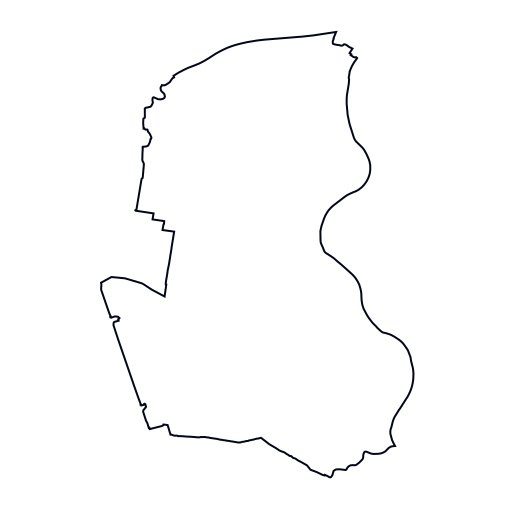 Halderberge, Noord-Brabant, Netherlands (Albers equal-area conic projection), rotated 89°
{"feature_id": "6326949B33385594138749", "entity_name": "Halderberge", "entity_type": "district", "adm_level": 2, "iso_a3": "NLD", "parent_name": "Netherlands", "parent_adm1": "Noord-Brabant", "projection": "albers", "projection_center": [4.523, 51.59], "detail": "fine", "context": "isolated", "style": "outline", "palette": "ink", "viewbox_px": 512, "rotation_deg": 89, "n_neighbors": 0, "source": "geoboundaries", "source_scale": "gbopen_adm2", "svg_char_len": 6024}
<svg xmlns="http://www.w3.org/2000/svg" viewBox="0 0 512 512"><g transform="rotate(89 256 256)"><path d="M448.4,120.3L445.3,121.9L442.3,123.2L436.3,124.7L434.3,124.8L432.4,124.6L431.0,124.2L429.4,123.6L423.8,122.1L422.1,121.5L419.8,120.5L417.4,119.0L413.3,116.3L412.1,115.6L411.8,115.3L411.2,114.8L401.4,108.3L399.2,106.8L396.6,105.4L394.4,104.3L391.0,103.0L388.6,102.2L385.5,101.5L381.8,100.9L376.2,100.6L372.2,100.9L369.9,101.3L363.5,102.8L360.4,103.2L359.1,103.5L358.4,103.8L353.9,105.4L352.0,106.3L347.3,109.5L345.8,110.6L343.9,112.5L342.5,114.1L339.6,118.3L337.5,121.8L336.7,123.6L335.6,126.8L334.7,130.3L334.6,130.7L334.0,131.6L333.0,132.8L329.9,136.0L327.7,137.8L327.2,138.4L325.0,140.5L323.2,141.9L319.6,144.5L316.6,146.3L310.5,149.4L306.8,150.5L304.8,150.8L302.0,151.2L294.7,151.4L291.0,152.0L286.6,153.2L283.6,154.6L281.2,156.0L279.1,157.4L276.9,159.3L275.5,160.7L271.2,165.3L265.7,171.3L262.9,174.6L261.6,176.0L259.6,178.2L257.3,181.4L256.4,182.8L255.5,184.0L254.6,185.6L253.3,187.1L252.0,187.8L248.2,189.2L247.2,189.7L244.4,190.8L243.1,191.1L241.1,191.2L232.4,191.2L230.0,190.7L226.8,189.9L220.0,187.4L216.8,186.0L213.8,184.2L211.3,182.4L208.6,179.8L206.8,177.7L198.6,166.6L196.7,163.7L195.7,161.7L194.0,157.8L193.2,155.5L192.1,153.2L191.4,152.1L189.8,149.9L188.6,148.5L186.5,146.5L184.1,144.7L182.7,143.8L179.4,142.1L177.1,141.3L175.1,140.7L171.2,140.2L167.3,140.2L163.8,140.8L161.3,141.5L156.4,143.6L152.7,145.5L150.8,146.7L148.6,148.6L144.1,153.1L143.0,154.1L141.6,155.1L139.3,156.1L126.2,160.0L122.9,160.7L116.5,161.9L105.6,162.7L100.4,162.6L96.8,162.3L85.2,160.2L80.8,159.8L79.4,160.2L75.2,159.4L73.5,159.2L70.9,158.2L67.7,156.7L64.2,154.6L59.9,151.4L59.0,152.3L59.1,153.5L58.9,154.8L56.8,157.8L56.0,157.2L54.8,158.9L50.3,155.9L49.1,158.3L48.2,159.9L47.4,160.8L46.4,162.3L45.9,163.7L45.9,164.3L46.1,164.6L46.7,165.3L47.1,166.1L47.2,166.4L47.2,167.1L47.0,168.0L46.7,168.8L46.3,171.1L46.2,171.9L45.6,174.3L45.2,175.1L45.0,175.4L44.6,175.5L42.9,175.5L42.3,175.4L40.2,174.5L39.7,174.7L33.4,172.0L36.4,194.5L36.9,199.9L37.4,205.2L39.8,243.2L40.2,247.6L40.6,251.5L42.0,261.0L43.3,267.3L44.4,271.9L45.2,274.8L46.8,279.6L48.1,282.8L49.8,286.5L51.1,289.1L53.0,292.7L56.4,298.2L57.3,299.5L58.5,301.8L59.0,302.5L60.5,305.2L62.4,309.1L63.4,311.6L64.4,314.2L66.7,320.6L68.7,325.0L71.1,329.8L72.9,332.9L74.4,335.3L76.0,334.8L76.5,336.0L76.9,336.4L77.7,337.1L80.0,338.7L81.0,339.6L83.1,342.9L83.6,344.0L83.8,345.1L83.5,347.1L84.6,347.6L85.5,348.3L86.5,348.5L87.7,348.4L88.8,348.1L89.9,347.4L91.0,346.2L91.9,345.3L92.5,344.9L93.3,344.6L95.1,344.3L96.2,344.8L96.8,345.5L97.2,346.3L97.5,347.5L97.7,348.5L97.7,349.2L97.5,351.1L97.0,352.3L95.9,354.7L95.6,355.3L95.6,355.9L95.8,356.2L96.3,356.6L97.9,356.8L98.6,356.8L100.5,356.5L101.1,356.5L102.6,357.2L104.2,358.2L104.8,358.8L105.1,359.5L105.4,361.1L105.6,361.8L105.7,362.7L105.8,363.5L106.6,364.6L115.7,364.7L116.7,366.2L121.1,366.5L126.3,366.2L126.1,365.9L126.2,365.6L127.0,365.2L127.6,364.4L127.7,363.8L127.6,362.7L127.7,362.4L128.0,362.2L129.7,361.9L131.1,360.7L131.8,360.2L135.1,358.7L136.1,358.5L137.5,359.2L137.4,359.4L140.4,360.2L143.4,361.7L144.0,362.4L144.5,363.7L144.7,365.5L144.8,367.3L145.7,367.5L145.8,367.3L151.0,367.7L157.8,368.0L158.9,367.8L161.0,366.8L161.6,366.6L162.5,366.5L175.7,367.9L176.1,368.1L176.8,369.0L177.1,369.1L206.8,374.6L207.1,374.7L207.8,375.2L208.0,375.4L208.2,375.8L208.6,375.6L211.6,357.7L217.6,358.8L219.5,347.2L222.3,347.4L222.7,347.9L228.4,349.0L230.2,337.4L246.2,340.3L247.3,340.4L253.8,341.6L262.5,343.1L269.1,344.6L271.4,344.9L280.6,346.6L283.0,346.7L283.1,346.2L294.9,348.1L287.8,360.8L282.5,368.6L281.3,370.7L276.0,387.5L276.0,388.1L275.9,388.6L275.6,391.1L274.5,400.9L280.0,411.4L282.0,411.1L283.3,411.1L285.0,411.4L287.1,411.4L307.4,404.8L311.2,403.5L313.4,402.6L313.6,402.7L314.1,402.7L313.9,402.3L314.6,402.1L314.7,402.5L314.9,402.4L315.1,402.0L315.1,401.7L314.0,398.4L314.0,397.1L314.2,395.8L314.3,395.2L314.6,394.7L315.0,394.5L315.7,393.6L316.9,394.5L317.0,394.9L318.3,394.5L319.2,397.9L319.2,398.0L319.4,398.6L319.6,399.0L319.9,399.3L320.3,399.5L322.3,399.7L323.0,399.6L336.1,395.6L382.9,380.4L396.4,375.9L401.7,374.0L402.4,374.0L402.3,373.7L402.8,373.5L402.9,373.8L403.1,373.7L403.4,373.5L403.5,373.2L402.8,370.8L402.0,370.5L401.8,369.9L402.3,369.2L405.0,368.6L408.1,371.2L409.0,371.5L410.0,371.5L418.8,368.8L421.3,367.5L426.1,366.2L425.9,365.6L427.2,365.2L424.3,352.9L423.6,351.7L422.9,351.5L423.0,350.4L423.5,347.3L433.1,344.6L433.0,344.0L433.0,343.7L433.7,342.3L434.2,340.8L434.2,338.1L434.7,337.2L434.8,335.8L434.8,334.0L435.4,327.7L435.6,324.0L436.2,318.2L436.3,317.3L436.3,315.4L436.0,314.2L436.1,313.4L436.1,310.1L436.3,309.5L436.7,306.3L437.1,304.9L438.2,298.1L439.1,294.6L439.2,293.5L439.6,291.6L439.8,289.9L440.3,287.7L440.4,286.3L440.8,284.7L441.1,282.5L441.6,280.2L441.8,278.7L442.2,276.8L442.3,276.2L442.1,275.7L442.1,274.5L441.6,273.2L441.4,270.9L441.0,269.7L440.9,269.2L440.8,267.3L440.6,266.8L440.2,265.9L440.1,264.8L439.7,263.1L439.6,262.0L438.6,258.3L438.6,257.2L438.0,254.8L437.9,254.1L444.5,245.9L448.3,239.6L450.9,235.9L451.8,234.0L452.2,232.7L452.4,232.0L453.3,230.4L454.8,228.4L455.4,227.2L456.2,226.3L456.7,225.3L456.6,225.0L456.6,224.7L456.8,224.1L458.1,222.9L458.5,222.4L458.7,221.8L459.0,220.7L459.2,220.2L461.1,217.6L462.4,215.1L466.2,208.7L470.3,205.5L470.6,205.3L470.8,204.9L473.0,199.3L476.1,193.1L476.6,191.3L476.0,191.0L477.4,188.1L477.8,187.4L478.4,186.6L478.6,186.2L478.5,185.1L477.7,184.3L476.3,183.4L472.3,182.2L471.6,181.2L471.1,180.4L470.9,179.8L470.7,178.8L470.8,175.1L471.5,170.6L471.5,170.0L471.4,169.8L471.0,169.3L469.4,168.4L468.4,167.6L468.0,167.1L467.1,165.5L466.9,164.6L466.8,163.6L466.9,160.3L466.7,159.7L466.5,159.3L464.3,156.3L461.3,153.2L460.4,152.7L459.5,152.4L456.7,152.2L455.1,151.7L454.0,151.1L453.5,150.4L453.5,149.6L453.6,149.0L455.5,144.6L455.7,143.5L456.0,141.8L455.9,137.1L455.6,134.9L455.3,133.7L454.8,132.4L453.9,130.6L452.9,129.3L451.7,128.2L450.1,126.5L449.0,124.5L448.7,123.4L448.5,121.6L448.4,120.3Z" fill="none" stroke="#020617" stroke-width="2"/></g></svg>